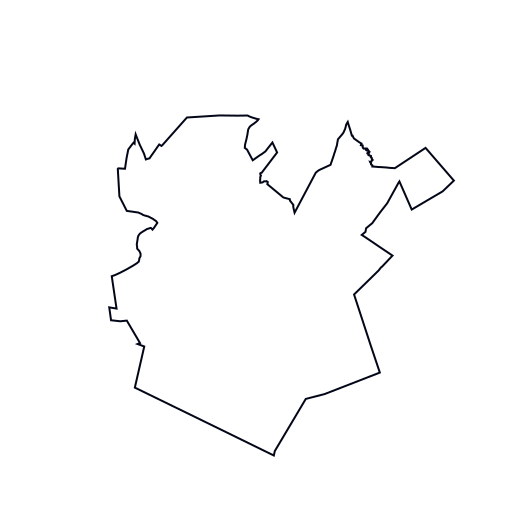 the district of Maravilla Tenejapa, Chiapas, Mexico, rotated 26°
{"feature_id": "50627088B99031968227417", "entity_name": "Maravilla Tenejapa", "entity_type": "district", "adm_level": 2, "iso_a3": "MEX", "parent_name": "Mexico", "parent_adm1": "Chiapas", "projection": "albers", "projection_center": [-91.265, 16.214], "detail": "fine", "context": "isolated", "style": "outline", "palette": "ink", "viewbox_px": 512, "rotation_deg": 26, "n_neighbors": 0, "source": "geoboundaries", "source_scale": "gbopen_adm2", "svg_char_len": 4836}
<svg xmlns="http://www.w3.org/2000/svg" viewBox="0 0 512 512"><g transform="rotate(26 256 256)"><path d="M359.5,427.5L358.4,423.1L363.4,362.6L376.7,351.3L378.2,350.0L379.6,348.5L418.4,306.5L398.7,286.5L361.0,247.6L369.1,225.0L372.6,215.1L373.3,211.6L374.0,210.2L378.5,195.8L366.3,194.1L345.2,191.1L341.8,190.7L343.8,186.3L342.8,182.8L345.0,177.9L346.1,175.6L347.7,166.3L348.6,161.5L350.8,151.1L352.0,127.6L352.2,126.1L375.6,146.0L395.4,116.1L400.8,101.5L361.0,84.5L342.3,116.2L340.3,117.0L338.7,117.7L337.7,118.1L334.1,119.4L329.9,121.1L329.2,121.4L327.4,122.2L321.7,124.4L321.4,124.5L321.4,124.3L321.4,124.1L321.4,123.9L321.2,123.7L319.8,123.2L319.4,123.3L319.1,123.1L319.0,122.8L318.8,122.4L318.6,122.1L318.4,121.9L318.1,121.9L317.7,121.8L317.5,121.7L317.4,121.6L317.5,121.6L317.6,121.4L317.8,121.2L318.0,121.1L318.2,120.8L318.3,120.7L318.2,120.3L318.1,120.2L318.1,119.7L318.3,119.4L318.5,119.2L318.8,118.7L318.7,118.4L318.4,118.3L318.0,118.2L317.8,118.2L317.6,118.1L317.5,117.8L317.3,117.7L317.2,117.4L317.1,117.1L316.8,117.0L316.5,117.0L316.2,116.9L315.8,116.8L315.7,116.6L315.6,116.4L315.6,116.2L315.6,115.9L315.4,115.6L315.2,115.6L314.2,115.9L313.8,116.0L313.5,116.0L313.2,115.9L312.9,115.9L312.9,115.7L312.9,115.4L312.8,115.1L312.7,114.9L312.6,114.7L312.1,114.6L311.9,114.8L311.6,115.1L311.3,115.1L311.2,115.0L311.0,114.9L311.0,114.7L311.2,114.2L311.4,113.9L311.5,113.7L311.8,113.4L312.0,113.3L312.1,113.2L312.3,113.1L312.4,112.9L312.4,112.6L312.2,112.4L310.9,112.2L310.7,112.0L310.4,111.7L310.1,111.4L309.6,111.2L309.8,111.6L309.8,111.8L309.9,112.0L309.8,112.3L309.7,112.5L309.4,112.6L309.0,112.6L308.7,112.6L308.2,112.3L308.1,112.2L308.1,111.9L308.0,111.6L307.9,111.4L307.6,111.4L307.3,111.4L306.8,111.5L306.4,111.9L305.8,112.3L305.6,112.3L305.2,112.1L304.5,111.8L304.2,111.4L304.0,111.0L303.9,110.8L303.9,110.6L303.8,110.4L303.7,110.2L303.3,109.8L303.0,109.8L302.7,109.9L302.6,110.2L302.2,110.3L301.8,110.4L301.8,110.2L301.6,109.9L301.6,109.5L301.5,109.1L301.5,108.7L298.9,108.5L292.4,107.4L290.0,105.5L289.4,105.8L287.0,103.1L284.8,100.7L282.6,98.4L281.9,97.7L280.3,96.0L279.7,95.3L279.6,96.2L279.5,98.7L279.8,99.7L280.4,102.8L280.5,107.1L279.8,110.2L278.7,114.4L278.5,115.2L279.1,117.3L279.7,119.5L280.1,120.6L280.3,121.6L280.5,122.9L280.6,124.0L280.8,125.1L281.0,126.2L281.2,127.3L281.3,128.4L281.4,129.4L281.6,130.5L281.8,131.6L281.9,132.7L282.1,133.8L282.3,135.9L282.5,137.0L282.6,138.1L282.7,139.2L282.9,140.3L283.0,141.4L278.5,146.9L278.2,147.3L276.0,149.9L274.5,152.0L273.2,154.9L271.7,200.2L269.1,197.0L267.5,194.8L267.3,193.8L262.2,191.3L261.5,190.1L257.6,190.9L255.0,191.4L234.7,186.5L234.2,184.4L233.8,184.3L232.8,184.1L232.7,184.3L231.0,185.1L230.5,185.3L229.6,187.0L227.7,188.3L226.4,186.0L225.9,184.5L225.2,183.2L225.2,181.6L224.5,181.2L223.6,179.9L224.0,179.2L224.6,178.7L229.6,153.7L221.0,146.8L219.3,154.5L218.6,157.9L216.5,161.9L215.2,163.9L211.1,171.4L201.3,164.3L198.5,163.7L197.3,160.5L196.3,155.7L195.2,151.2L193.6,145.9L193.5,145.0L193.7,142.9L194.1,141.5L195.1,139.6L196.1,137.9L197.2,135.6L198.0,133.6L198.1,133.1L198.3,132.0L196.2,132.5L193.1,133.0L191.0,133.3L188.4,133.5L186.9,133.4L177.8,138.0L161.5,145.7L160.3,146.4L133.2,161.8L123.3,197.2L122.8,198.5L120.1,198.2L119.7,200.7L118.5,208.4L118.3,209.6L118.2,210.2L118.0,211.3L117.9,212.0L117.5,214.9L116.3,215.9L116.0,216.1L115.9,216.2L114.7,217.5L111.6,214.3L110.6,213.2L102.8,207.0L100.8,205.2L99.2,203.7L98.7,203.3L97.4,202.1L94.5,199.4L95.2,201.9L95.9,204.2L97.6,208.2L96.3,207.8L95.7,210.2L94.5,216.2L96.7,224.6L100.0,235.0L93.8,237.6L93.6,238.3L102.2,253.6L107.1,262.3L109.5,264.1L110.4,264.8L111.2,265.4L112.4,266.3L114.7,268.0L115.6,268.7L116.5,269.4L120.1,272.1L124.1,270.8L125.9,270.2L127.8,269.6L128.5,269.4L130.3,268.8L130.5,268.7L130.8,268.6L131.8,268.5L132.0,268.5L132.7,268.5L133.1,268.5L133.9,268.4L134.0,268.4L135.0,268.4L136.2,268.6L137.5,268.5L138.8,268.3L139.2,268.2L139.5,268.1L140.6,268.0L141.0,267.9L141.6,267.7L142.4,267.7L143.0,267.7L143.7,267.7L144.7,267.8L144.8,267.8L145.9,267.8L146.6,267.8L146.9,267.8L147.0,267.8L148.1,268.0L149.1,268.2L150.2,268.3L151.1,268.5L152.2,269.2L152.8,269.5L152.0,275.1L152.0,275.5L151.9,275.8L151.7,276.6L151.6,277.0L151.4,277.7L149.6,276.9L148.7,277.1L147.5,278.4L146.8,279.0L146.3,279.5L146.0,279.8L145.2,281.2L143.9,283.1L143.2,284.3L142.5,285.4L141.8,287.0L141.4,289.1L141.4,289.6L141.7,291.2L141.7,291.3L142.3,293.0L143.7,297.7L144.3,298.7L144.9,299.5L146.0,301.5L147.5,302.1L149.0,302.7L149.3,302.9L151.3,304.6L152.3,306.8L152.2,309.3L152.8,311.0L153.1,312.4L152.1,314.7L151.2,316.2L149.6,318.8L145.3,325.1L141.2,330.6L137.6,335.0L135.2,337.4L153.7,364.4L146.6,366.5L153.9,377.3L161.4,374.6L162.6,374.2L168.2,370.7L189.9,385.1L188.2,387.0L195.2,386.3L195.3,386.6L204.8,427.4L206.0,427.4L247.6,427.4L282.1,427.4L359.5,427.5Z" fill="none" stroke="#020617" stroke-width="2"/></g></svg>